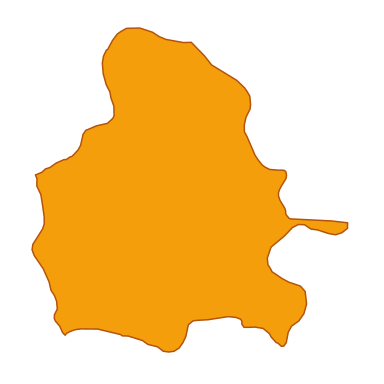 the district of San Martín Sacatepéquez, Quezaltenango, Guatemala, rotated 273°
{"feature_id": "79465075B85200654086420", "entity_name": "San Martín Sacatepéquez", "entity_type": "district", "adm_level": 2, "iso_a3": "GTM", "parent_name": "Guatemala", "parent_adm1": "Quezaltenango", "projection": "mercator", "projection_center": [-91.669, 14.784], "detail": "fine", "context": "isolated", "style": "filled", "palette": "amber", "viewbox_px": 384, "rotation_deg": 273, "n_neighbors": 0, "source": "geoboundaries", "source_scale": "gbopen_adm2", "svg_char_len": 2048}
<svg xmlns="http://www.w3.org/2000/svg" viewBox="0 0 384 384"><g transform="rotate(273 192 192)"><path d="M165.1,349.1L169.4,349.0L170.4,332.6L170.3,291.9L170.8,290.4L172.2,289.0L173.7,287.6L175.2,286.7L178.0,286.5L180.5,285.6L188.3,280.3L192.5,278.6L195.8,278.4L199.0,279.3L202.3,280.8L210.4,285.2L213.4,285.5L215.8,285.1L217.3,284.5L218.3,283.3L218.6,281.0L218.3,277.9L218.6,268.4L220.4,264.2L222.5,260.8L227.3,256.5L231.9,253.1L249.9,244.2L254.9,241.2L261.5,240.7L269.4,242.0L278.1,245.7L282.5,245.9L287.4,245.2L290.8,244.7L295.3,241.7L298.7,239.1L305.8,230.9L319.9,204.9L328.5,197.4L334.6,190.8L341.4,183.5L340.8,175.5L343.0,158.0L345.5,151.0L349.5,144.2L353.0,131.3L352.0,118.0L348.5,112.5L345.9,109.2L342.4,106.8L339.0,104.6L330.1,100.4L329.1,99.0L323.0,96.5L316.0,95.7L305.2,97.2L294.5,100.8L287.6,104.8L281.8,106.1L273.6,109.5L264.0,110.2L261.3,109.0L256.1,103.9L253.1,93.2L248.0,82.7L243.9,80.2L232.7,78.3L227.8,75.9L221.4,70.4L220.5,68.2L217.7,64.5L217.7,62.6L213.9,55.0L209.0,48.8L207.4,44.5L203.9,41.1L200.8,34.8L197.1,36.5L189.9,36.7L181.5,41.2L171.7,43.3L159.4,45.7L152.2,46.1L147.0,44.6L131.4,35.8L126.0,35.3L123.1,36.5L120.2,37.8L107.5,47.5L94.7,54.0L86.6,56.3L81.3,60.1L75.8,62.5L68.1,63.6L62.1,61.0L58.5,61.1L56.0,62.3L51.1,66.9L44.7,70.2L42.4,72.8L44.2,74.1L46.1,77.2L47.8,81.0L48.7,83.9L49.6,89.2L49.6,91.8L50.2,104.9L45.9,128.1L44.7,129.9L44.8,135.9L41.1,150.3L37.5,155.9L35.6,165.7L31.5,171.6L31.0,177.0L32.0,182.4L35.5,187.3L41.0,190.8L47.4,193.4L59.2,195.3L63.3,199.7L64.0,203.0L65.3,214.8L69.4,234.4L69.1,242.3L67.5,247.2L65.6,248.6L62.6,248.7L59.6,251.0L59.8,255.7L60.4,261.7L59.5,270.1L54.6,276.7L51.4,278.6L46.0,284.0L45.6,285.7L42.6,289.3L42.9,291.7L46.5,294.0L56.8,295.4L63.2,298.4L68.9,305.5L76.3,310.1L86.2,312.3L98.6,310.2L103.7,305.2L107.1,293.2L110.3,286.5L116.6,276.0L118.6,275.0L123.3,271.7L129.8,270.6L141.2,273.9L153.1,286.8L161.8,294.2L165.1,300.0L165.2,306.1L161.2,312.7L160.7,319.3L157.7,330.4L156.8,337.7L159.2,343.9L163.9,349.2L165.1,349.1Z" fill="#f59e0b" stroke="#b45309" stroke-width="1.5"/></g></svg>